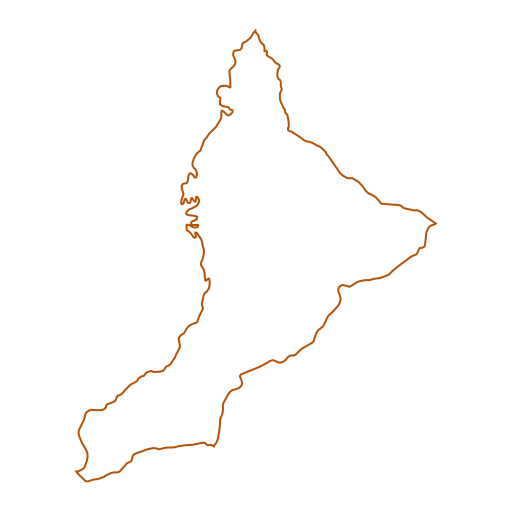 outline of Güepsa, Santander, Colombia
{"feature_id": "7082276B24684560150215", "entity_name": "Güepsa", "entity_type": "district", "adm_level": 2, "iso_a3": "COL", "parent_name": "Colombia", "parent_adm1": "Santander", "projection": "natural_earth1", "projection_center": [-73.583, 6.036], "detail": "fine", "context": "isolated", "style": "outline", "palette": "amber", "viewbox_px": 512, "rotation_deg": 0, "n_neighbors": 0, "source": "geoboundaries", "source_scale": "gbopen_adm2", "svg_char_len": 6003}
<svg xmlns="http://www.w3.org/2000/svg" viewBox="0 0 512 512"><path d="M435.8,223.5L426.3,217.0L425.0,215.5L421.3,212.2L418.7,210.8L417.4,210.3L413.9,210.4L405.4,208.5L403.3,207.8L401.0,205.7L399.4,205.2L396.6,204.9L385.6,204.1L381.9,203.7L380.8,203.1L376.1,197.6L373.4,195.6L368.8,193.5L365.9,191.0L362.7,186.4L358.7,182.1L352.5,178.2L349.0,178.2L347.1,178.0L342.8,175.6L340.1,173.1L329.6,157.8L328.4,156.1L326.5,154.2L326.5,153.9L326.1,152.5L325.2,151.7L323.7,150.0L320.7,147.2L319.0,146.2L317.0,145.5L311.6,142.5L309.0,141.8L305.8,141.2L303.8,140.1L300.2,137.3L292.6,132.4L291.8,131.7L289.4,131.1L288.1,130.0L288.0,129.2L288.0,128.0L288.7,126.9L288.8,124.2L288.4,120.1L287.8,117.4L287.6,115.8L287.2,114.9L285.1,112.5L285.0,109.9L283.2,107.3L280.9,102.2L280.0,99.4L279.8,96.2L280.0,93.3L280.3,92.4L281.6,89.9L281.7,89.2L281.5,88.3L280.8,85.9L280.8,82.5L280.5,81.0L280.1,80.2L278.4,78.9L277.7,77.5L277.4,76.4L277.3,74.3L277.7,70.7L278.3,69.2L278.9,68.5L279.6,67.1L279.7,66.1L279.4,65.3L278.8,64.6L277.9,64.0L276.2,63.3L275.3,62.5L274.4,61.2L271.9,58.5L268.3,56.4L266.9,55.4L266.7,55.0L266.7,53.8L267.1,52.8L267.1,52.4L266.8,51.3L266.1,50.7L264.9,51.3L264.5,51.1L264.4,47.4L263.9,45.5L263.5,44.7L262.9,44.1L262.4,44.0L260.6,41.8L259.8,40.6L259.6,39.5L258.9,38.0L258.8,36.7L258.4,35.2L257.1,34.0L255.6,32.1L255.4,30.7L253.6,32.7L250.7,37.5L247.9,40.0L245.6,41.7L243.5,42.5L242.4,44.0L242.0,46.4L241.5,48.1L240.3,49.7L239.2,50.1L236.2,50.4L234.3,50.8L233.3,52.5L233.2,55.3L235.4,60.6L235.3,63.4L233.8,66.1L231.3,68.4L230.1,69.7L229.4,71.4L229.5,74.1L230.2,79.4L230.4,87.1L229.7,87.5L228.2,86.4L226.1,85.8L222.9,85.8L220.6,86.3L219.3,87.3L217.2,90.4L217.0,92.4L217.1,94.1L218.1,96.3L220.4,97.9L220.4,99.4L219.8,102.6L219.9,104.2L222.4,106.0L224.7,106.6L227.4,106.9L228.8,107.6L229.9,109.5L232.5,110.2L232.5,112.2L230.9,114.1L228.4,115.5L226.3,114.3L223.5,111.4L221.7,110.8L221.3,112.7L221.3,117.3L220.1,120.3L216.0,126.9L208.9,133.9L206.7,137.5L204.3,140.0L202.4,145.2L201.5,147.3L200.7,150.3L196.9,153.3L195.1,156.2L193.5,159.5L192.6,162.6L192.5,165.3L193.8,167.8L195.1,169.0L196.3,170.9L196.9,172.6L196.8,175.1L196.2,176.9L195.8,177.6L194.4,177.3L193.4,175.3L191.2,173.6L190.4,173.3L189.6,173.5L188.9,174.6L188.4,176.4L188.2,178.4L187.3,182.3L186.5,183.3L184.4,183.4L183.3,183.7L182.5,184.5L181.8,185.5L181.6,187.5L181.7,188.0L183.5,193.9L183.2,195.2L181.7,199.1L181.2,201.7L181.2,202.7L181.4,203.6L182.0,204.1L183.2,203.6L183.8,202.6L184.6,199.6L185.1,198.9L185.7,198.9L186.4,199.7L187.4,202.2L188.1,202.8L189.7,203.0L190.5,201.7L191.0,199.2L191.5,198.1L192.2,198.2L193.8,200.9L194.9,201.7L195.2,201.7L195.7,201.2L195.9,200.3L196.0,198.1L196.2,197.0L196.8,196.9L197.8,197.4L199.0,200.1L199.2,201.0L198.4,203.3L197.1,205.4L195.6,206.4L191.3,208.7L190.0,209.0L188.8,209.7L187.0,211.4L186.2,213.2L186.4,214.1L187.5,214.8L189.0,215.2L192.1,215.5L196.0,216.2L197.1,216.8L197.1,217.3L196.6,218.5L196.9,219.1L195.4,220.1L191.9,221.5L191.2,222.5L191.2,223.9L192.0,224.8L193.6,225.0L196.9,225.0L198.1,225.1L198.0,226.3L197.1,227.2L194.9,227.6L192.6,227.1L189.5,225.2L187.4,224.7L186.4,225.2L186.6,228.6L186.9,230.3L189.0,231.5L190.4,233.0L192.4,235.4L193.3,236.9L194.6,237.9L195.8,237.1L195.8,235.3L195.3,233.8L195.3,232.7L196.4,232.7L197.8,234.1L198.9,236.1L200.8,238.5L202.0,241.8L202.7,245.7L203.9,249.8L203.9,252.5L203.1,257.2L202.6,259.2L201.1,262.4L200.8,264.0L201.2,265.4L203.6,269.2L204.3,271.7L204.7,273.9L204.7,276.0L205.3,280.4L205.9,280.7L208.1,278.7L209.0,278.6L209.4,279.9L209.6,281.9L209.7,283.7L209.0,288.2L207.0,291.4L204.9,293.1L204.1,294.3L203.5,296.0L201.8,303.9L202.1,305.6L202.8,307.1L202.8,308.7L202.2,310.3L200.6,313.2L198.9,317.1L197.1,322.2L195.8,323.0L193.8,323.4L191.6,324.4L188.7,326.1L186.6,328.7L185.7,330.5L183.7,333.4L180.7,335.4L179.0,337.5L178.6,339.0L180.0,346.0L179.3,348.4L177.9,351.3L176.3,354.1L175.1,357.1L170.5,364.2L168.1,365.8L166.0,366.7L164.6,369.2L162.9,370.9L160.4,371.6L155.6,371.9L153.4,371.9L151.9,371.2L150.3,371.0L146.1,372.7L145.1,374.0L144.1,375.7L141.3,376.5L138.6,378.4L136.9,381.1L133.4,383.2L130.6,384.5L125.2,389.9L122.9,392.8L120.4,394.8L117.7,395.7L116.8,397.0L115.5,400.5L113.8,401.8L107.0,404.4L106.0,406.0L105.9,407.5L104.1,409.2L101.6,410.1L97.8,410.2L90.5,409.8L88.3,411.0L86.4,412.3L85.3,414.4L84.1,419.4L78.9,430.1L78.5,433.3L79.5,436.9L80.9,440.5L82.4,443.5L86.0,449.9L87.4,452.8L87.6,457.1L86.8,461.0L85.7,464.2L84.3,467.7L81.7,469.7L78.2,471.4L76.2,471.5L77.1,472.8L85.7,481.3L88.2,481.3L92.7,479.8L95.0,479.4L97.5,479.1L104.0,476.9L105.8,475.5L111.3,472.9L113.9,472.4L118.0,472.3L119.9,471.3L125.2,465.4L127.1,463.1L128.8,462.5L131.0,461.2L131.8,459.8L132.6,456.2L133.9,454.5L137.5,452.8L141.0,451.7L147.6,449.2L153.6,448.0L157.0,448.6L158.8,449.3L166.3,447.6L174.2,447.4L178.1,446.3L183.9,445.4L192.2,444.8L198.1,443.7L200.0,443.2L203.9,442.6L205.3,443.2L206.5,444.4L207.8,445.4L209.5,444.8L210.8,444.8L213.9,446.4L214.2,445.2L216.1,443.1L217.5,440.2L218.0,438.4L219.5,428.9L220.0,423.6L220.1,420.0L220.6,417.8L222.1,414.8L222.6,412.6L223.0,409.9L222.9,405.4L223.4,403.0L228.6,393.6L230.5,391.4L232.4,390.0L234.7,389.6L239.0,388.0L241.0,386.1L241.7,384.9L242.1,382.9L241.3,379.8L239.9,376.3L240.8,374.5L260.0,366.6L267.5,362.6L270.2,360.9L272.8,360.2L274.4,360.6L278.3,362.4L280.4,362.7L283.8,361.4L286.1,359.4L287.5,357.4L290.3,355.5L293.1,355.6L295.2,355.0L299.1,351.2L302.5,348.3L312.3,342.7L313.9,340.7L314.7,337.3L315.9,334.8L316.8,332.2L318.2,330.2L323.1,326.3L325.4,321.9L327.1,317.8L328.5,315.7L333.0,311.5L338.4,305.5L339.7,302.8L340.5,300.4L340.5,298.0L339.8,295.2L338.4,291.9L338.2,288.9L339.4,286.7L342.1,285.0L343.8,285.2L349.3,286.7L352.2,285.3L355.4,283.1L358.9,281.4L365.3,280.1L369.6,280.1L373.0,279.1L376.2,278.5L379.8,278.1L386.1,275.9L389.2,274.4L391.4,271.9L395.9,268.1L400.3,264.6L404.0,262.0L410.2,257.3L412.3,256.0L416.5,254.3L417.6,252.4L418.8,249.2L420.1,247.8L421.9,248.0L424.6,246.5L425.3,242.2L426.4,232.2L428.7,227.5L430.5,225.8L435.0,224.1L435.8,223.5Z" fill="none" stroke="#b45309" stroke-width="2"/></svg>